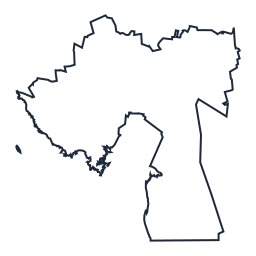 the district of Guaymas, Sonora, Mexico
{"feature_id": "50627088B1209754794586", "entity_name": "Guaymas", "entity_type": "district", "adm_level": 2, "iso_a3": "MEX", "parent_name": "Mexico", "parent_adm1": "Sonora", "projection": "natural_earth1", "projection_center": [-110.918, 28.074], "detail": "fine", "context": "isolated", "style": "outline", "palette": "slate", "viewbox_px": 256, "rotation_deg": 0, "n_neighbors": 0, "source": "geoboundaries", "source_scale": "gbopen_adm2", "svg_char_len": 5780}
<svg xmlns="http://www.w3.org/2000/svg" viewBox="0 0 256 256"><path d="M226.5,116.5L227.9,103.9L224.8,104.9L223.3,103.5L227.5,101.5L224.8,92.0L232.1,90.1L232.7,89.5L231.8,79.4L230.9,78.8L230.0,71.7L236.9,67.7L236.5,65.0L238.1,64.0L237.2,59.5L239.6,58.5L237.7,51.9L239.7,50.6L238.9,49.1L236.5,48.1L235.7,48.4L234.9,44.5L233.8,27.6L232.7,32.8L231.0,33.8L223.5,31.7L223.2,33.3L222.1,33.3L222.1,32.0L221.7,31.8L217.4,34.2L217.0,33.6L211.6,30.2L197.5,30.1L196.8,27.5L189.8,26.0L189.7,27.2L187.6,31.9L185.7,30.6L183.9,30.2L182.6,30.7L183.0,31.7L180.6,34.8L180.5,37.0L180.0,37.5L176.8,37.1L178.3,30.9L175.9,30.4L174.5,37.1L172.2,36.9L172.0,39.3L163.0,38.3L159.0,42.7L158.1,44.7L158.2,45.8L160.5,49.3L152.8,51.1L149.3,46.2L149.1,46.7L141.8,43.9L141.2,33.9L134.2,35.0L134.4,31.4L131.5,31.1L129.5,33.5L129.5,34.3L128.0,35.0L125.9,34.8L123.4,33.3L121.6,32.9L120.3,33.8L118.5,32.4L116.3,31.5L115.4,25.3L111.8,18.3L107.2,17.5L105.5,15.4L90.5,22.1L93.6,33.1L87.6,35.8L87.4,37.1L84.7,36.8L82.0,47.7L74.5,43.7L73.6,50.6L74.1,51.9L74.6,64.8L69.3,66.3L64.6,66.6L65.8,71.7L60.0,70.0L59.6,70.5L55.6,70.3L55.8,74.1L56.8,80.9L52.2,81.7L49.7,80.9L48.4,79.9L37.5,78.2L37.1,80.0L33.1,82.7L33.0,84.4L32.5,83.9L28.7,87.8L34.0,96.8L32.3,97.4L32.2,97.0L22.2,92.9L17.8,92.0L17.4,91.0L16.9,91.2L17.2,91.6L16.9,92.6L17.8,93.7L18.5,93.5L19.1,94.5L19.0,95.4L19.5,95.7L19.2,96.6L18.5,96.9L18.9,97.3L18.4,97.9L19.1,98.1L18.8,98.7L19.3,99.0L20.3,98.4L21.9,98.6L22.8,100.0L23.5,99.9L24.3,100.6L24.9,101.6L24.6,102.2L25.6,102.6L26.4,105.1L26.0,108.0L26.6,110.9L28.2,111.6L28.4,112.6L29.3,112.9L29.7,113.4L29.1,113.7L29.2,114.5L30.1,114.6L30.6,115.3L31.4,115.4L31.4,116.4L32.1,115.7L31.9,116.3L32.7,116.5L32.5,117.9L33.4,118.7L33.4,119.8L34.2,119.9L33.7,121.6L34.5,121.9L34.2,123.1L34.9,124.1L34.7,124.8L36.1,124.7L36.2,125.2L35.4,125.8L36.0,126.1L35.4,126.6L37.2,127.2L37.4,127.9L38.9,128.9L38.5,129.9L39.2,129.6L39.2,130.0L39.6,130.1L39.8,130.9L39.1,131.6L39.1,132.0L39.9,132.3L40.4,131.9L40.4,131.1L41.2,131.2L42.0,132.1L41.3,132.8L42.3,133.3L43.1,132.9L46.3,134.4L47.2,135.7L47.2,136.5L48.8,138.3L49.8,138.3L50.3,138.7L52.7,144.6L53.6,144.1L54.1,144.9L56.6,145.6L56.9,146.2L58.6,145.9L59.4,146.6L59.3,147.4L59.8,148.0L60.7,147.1L62.0,147.9L62.6,149.6L62.2,150.8L63.0,149.8L65.1,150.8L66.0,153.6L65.7,154.1L64.3,154.1L64.8,154.6L64.2,155.7L65.7,155.9L66.3,154.8L66.9,155.1L66.7,155.6L67.6,155.2L68.8,155.8L69.8,155.0L70.4,155.6L70.7,154.9L71.4,157.5L71.7,157.5L71.6,156.6L72.1,156.5L72.5,154.7L73.2,154.5L73.6,154.9L73.2,154.1L73.3,153.1L74.6,152.8L75.0,151.6L79.2,150.3L81.6,150.4L84.4,151.3L85.5,152.4L85.1,153.8L86.3,155.7L86.6,157.4L87.9,158.1L89.9,157.5L89.7,158.0L90.1,157.8L90.6,158.8L90.5,160.8L88.3,162.2L87.7,161.7L87.3,162.0L88.0,162.2L88.1,164.3L89.1,165.2L89.8,164.9L90.2,165.3L89.8,166.2L90.3,167.3L90.0,169.5L90.5,169.9L91.3,169.4L92.9,166.8L94.3,168.0L93.9,169.0L94.1,169.6L95.2,169.9L95.8,169.2L96.9,170.2L97.4,169.6L97.9,169.8L97.4,171.1L97.9,172.0L99.4,172.0L100.4,173.4L100.5,174.6L100.1,175.3L101.1,175.4L101.1,173.7L102.4,172.9L102.6,170.9L101.7,171.0L101.6,170.4L102.7,169.7L103.3,170.1L103.6,168.7L103.3,168.1L104.4,167.6L103.6,167.2L104.5,166.9L104.4,166.2L103.6,166.8L103.2,166.5L103.7,165.4L105.3,164.0L103.9,164.1L105.8,163.2L104.2,162.5L101.0,163.9L100.7,163.4L100.9,162.7L101.8,162.8L101.4,162.3L100.9,162.7L100.8,162.0L100.5,162.8L99.6,162.8L100.2,163.4L99.4,163.8L99.1,164.4L98.6,164.3L98.9,163.8L98.5,163.8L97.2,164.9L97.2,163.6L98.7,162.5L98.2,161.6L99.4,161.8L100.1,160.4L100.0,159.0L100.7,158.4L101.1,158.6L101.1,158.3L101.2,158.1L101.2,159.1L101.8,158.2L102.3,158.2L102.4,159.1L102.8,158.8L102.9,159.3L102.8,160.0L104.1,160.0L103.7,157.8L104.6,158.0L104.5,159.2L104.9,158.9L104.6,158.0L105.0,158.2L105.0,157.6L104.6,157.9L105.3,156.1L104.9,155.8L106.4,155.8L105.0,155.5L106.3,154.7L105.8,154.5L106.2,153.6L107.6,152.5L110.5,152.2L110.2,151.8L108.2,152.1L107.6,152.4L107.0,150.7L105.8,151.3L105.3,149.8L103.5,149.2L105.4,149.6L105.8,150.1L106.1,149.7L104.8,148.9L105.4,148.7L105.2,148.4L103.9,148.3L105.6,148.1L104.7,147.4L105.3,147.2L104.9,147.0L104.4,146.9L104.1,146.7L104.8,146.7L106.4,147.5L107.0,146.0L110.2,149.3L110.3,147.8L110.7,147.2L112.0,147.5L114.6,144.8L119.4,135.4L121.2,135.4L118.5,134.2L118.8,128.3L125.1,124.0L125.9,115.4L127.9,116.9L129.0,114.5L129.1,112.6L130.7,112.5L130.7,113.4L138.1,113.6L138.2,113.3L143.6,114.3L143.1,115.6L145.5,117.2L144.7,119.3L162.0,132.3L161.3,133.8L162.7,137.2L150.0,166.2L152.2,166.7L155.4,168.6L157.2,171.1L159.3,172.6L160.7,172.9L161.8,174.8L161.3,175.4L160.9,175.0L159.3,175.6L157.8,174.8L157.1,175.4L157.5,176.2L157.1,176.9L156.8,176.3L154.6,176.4L154.1,175.1L151.6,176.5L151.5,175.4L150.5,174.8L150.3,174.1L150.1,174.9L150.9,176.3L151.4,176.5L150.9,176.4L150.7,177.0L151.4,177.1L150.3,177.3L150.3,178.5L149.6,178.6L149.0,179.8L149.6,179.8L149.5,180.2L148.8,180.0L148.6,180.4L149.1,180.6L148.3,180.5L147.7,181.1L147.8,181.6L146.2,184.2L145.9,183.3L146.5,180.5L145.9,181.5L145.8,187.6L146.8,192.2L147.3,197.6L147.9,198.2L147.9,201.0L148.4,203.5L147.2,211.2L147.4,211.6L146.8,212.9L146.5,211.3L147.0,210.2L145.8,210.5L144.4,215.5L144.2,219.7L144.9,223.5L148.5,234.2L149.1,234.8L149.2,236.3L150.5,238.1L150.6,240.6L218.6,240.1L218.6,233.7L223.4,231.5L211.1,193.5L200.2,162.4L201.0,134.8L196.0,104.5L198.5,99.1L226.5,116.5ZM107.6,152.5L110.1,151.9L110.5,152.1L107.6,152.5ZM19.2,148.8L17.6,146.4L16.9,145.7L16.6,145.9L16.3,146.6L16.8,148.7L18.0,150.9L20.4,152.5L20.1,150.7L19.2,148.8ZM109.6,163.0L108.6,163.3L107.5,165.5L107.0,164.9L107.3,165.7L108.2,165.6L109.6,163.0ZM103.2,160.6L102.6,160.8L102.6,161.8L103.5,161.2L103.2,160.6ZM61.5,152.4L61.8,151.4L61.8,151.1L60.9,152.5L61.5,152.4ZM104.5,168.3L105.2,167.0L104.1,168.3L104.5,168.3ZM76.9,153.3L76.8,152.4L76.4,153.6L76.9,153.3Z" fill="none" stroke="#1e293b" stroke-width="2"/></svg>